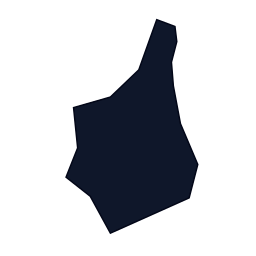 Fiorentino, orthographic projection, rotated 344°
{"feature_id": "SMR-4890", "entity_name": "Fiorentino", "entity_type": "state/province", "adm_level": 1, "iso_a3": "SMR", "parent_name": "San Marino", "parent_adm1": "", "projection": "orthographic", "projection_center": [12.455, 43.909], "detail": "fine", "context": "isolated", "style": "filled", "palette": "ink", "viewbox_px": 256, "rotation_deg": 344, "n_neighbors": 0, "source": "natural_earth", "source_scale": "10m", "svg_char_len": 351}
<svg xmlns="http://www.w3.org/2000/svg" viewBox="0 0 256 256"><g transform="rotate(344 128 128)"><path d="M185.0,182.3L167.5,212.0L82.1,224.2L72.9,183.2L54.9,158.2L74.1,133.3L81.3,93.4L119.6,93.4L154.4,75.1L185.5,31.8L201.1,43.4L198.7,58.4L187.9,76.7L183.2,100.0L179.6,138.3L185.0,182.3Z" fill="#0f172a" stroke="#020617" stroke-width="1.5"/></g></svg>